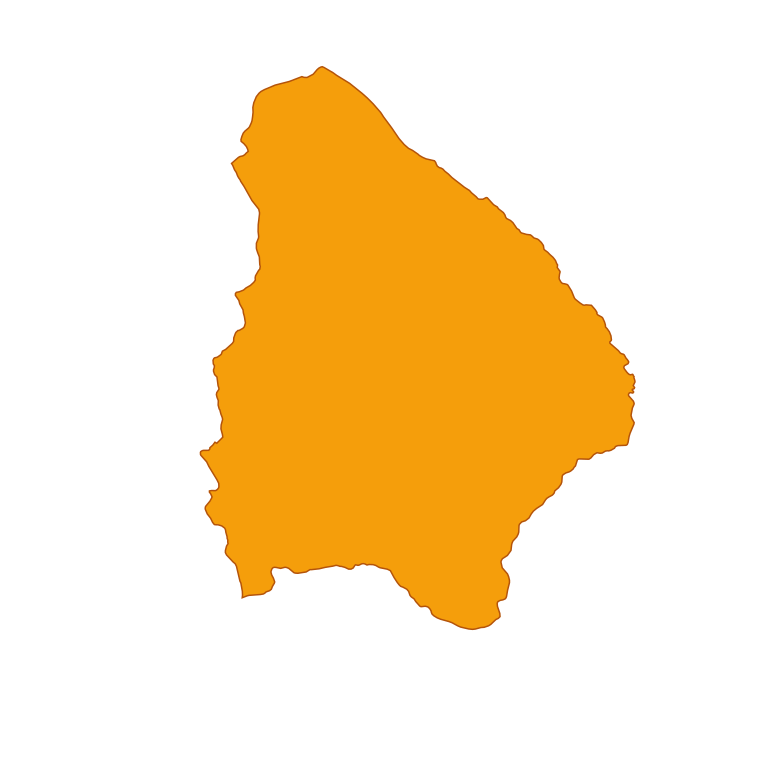 Ospina, Nariño, Colombia (Natural Earth projection), rotated 117°
{"feature_id": "7082276B72595090323112", "entity_name": "Ospina", "entity_type": "district", "adm_level": 2, "iso_a3": "COL", "parent_name": "Colombia", "parent_adm1": "Nariño", "projection": "natural_earth1", "projection_center": [-77.546, 1.029], "detail": "fine", "context": "isolated", "style": "filled", "palette": "amber", "viewbox_px": 768, "rotation_deg": 117, "n_neighbors": 0, "source": "geoboundaries", "source_scale": "gbopen_adm2", "svg_char_len": 6171}
<svg xmlns="http://www.w3.org/2000/svg" viewBox="0 0 768 768"><g transform="rotate(117 384 384)"><path d="M638.8,413.3L634.8,409.7L633.6,408.3L627.7,398.6L625.9,396.2L624.6,395.3L622.7,394.6L620.1,392.1L618.0,391.2L615.1,391.5L611.3,391.3L610.0,391.5L607.2,394.4L605.1,397.4L602.7,399.5L599.8,399.9L598.9,399.8L597.8,399.3L597.0,398.3L596.4,396.8L595.2,392.4L592.2,389.0L591.7,387.4L591.5,385.2L593.0,378.6L592.8,377.3L591.8,374.9L586.8,368.0L583.0,365.7L582.5,364.6L578.1,357.9L574.1,353.2L569.5,346.9L567.3,344.4L566.7,342.4L566.5,340.6L565.8,339.0L565.1,335.4L565.0,331.5L563.9,329.3L561.9,327.9L558.8,327.6L558.0,327.2L557.4,324.9L556.5,323.8L554.3,322.2L553.4,320.8L553.0,319.3L553.0,317.0L551.6,315.4L549.9,311.7L549.4,308.9L549.6,305.8L549.5,304.1L547.5,297.0L547.4,293.6L551.9,287.1L554.8,282.1L556.1,279.3L556.7,277.3L556.4,274.7L556.5,270.5L557.6,267.9L560.5,264.9L560.9,264.0L561.3,263.0L561.8,259.6L563.4,257.0L565.6,251.4L565.7,250.3L565.3,249.4L563.3,246.4L562.7,243.9L563.3,241.5L564.6,239.3L566.2,237.9L567.2,236.7L567.9,234.4L568.2,230.5L567.9,226.8L566.2,218.4L565.8,215.0L566.0,208.6L565.8,205.4L563.8,197.3L562.4,193.7L560.8,191.3L557.0,187.1L555.3,184.3L551.9,181.0L549.7,179.7L543.1,177.4L541.0,175.8L538.6,175.0L535.8,176.7L530.6,182.0L528.2,183.5L527.3,183.7L526.2,183.7L524.0,182.2L522.4,180.1L520.5,178.5L519.1,178.2L517.6,178.4L511.5,180.3L504.1,182.0L501.9,183.1L499.2,185.4L497.2,187.7L494.1,195.2L489.5,199.0L488.2,199.3L485.9,199.2L480.7,196.2L474.6,195.3L469.3,197.3L467.5,197.7L465.3,197.8L460.0,196.3L456.8,196.3L454.8,196.7L448.7,199.5L447.3,199.6L444.4,198.7L441.6,195.9L437.6,194.0L432.9,193.8L429.5,193.2L425.5,191.5L419.4,188.0L413.9,187.5L411.9,187.0L409.6,185.7L406.8,183.7L405.5,183.2L404.0,182.9L401.6,183.3L397.2,181.4L392.8,180.8L390.6,181.1L385.1,183.4L383.6,183.3L380.7,181.6L378.2,179.1L376.7,178.1L373.9,176.9L371.9,176.8L370.1,176.2L363.6,177.3L362.8,176.8L362.1,176.0L358.0,167.3L356.0,166.1L351.8,165.1L348.6,163.1L347.5,159.8L346.4,158.2L343.2,156.2L341.9,154.3L341.6,153.4L340.0,151.7L336.6,149.5L334.8,149.4L333.8,148.7L332.7,147.6L328.7,140.5L327.5,139.8L325.3,140.0L319.5,141.8L316.2,142.4L306.4,143.1L304.8,143.6L302.1,147.6L299.7,149.7L292.5,151.8L288.7,152.0L287.6,152.4L286.1,154.0L283.4,160.7L282.6,161.3L282.0,161.5L280.5,161.3L279.8,160.5L279.1,158.2L278.0,157.9L277.4,158.3L276.9,159.8L276.4,160.2L275.9,160.3L275.3,159.5L274.5,159.0L273.4,159.1L272.3,161.2L268.2,161.3L266.8,162.3L264.8,164.3L263.8,164.6L263.4,165.7L262.7,166.3L262.5,166.9L264.0,168.7L264.1,170.4L263.4,172.6L261.4,176.7L260.5,177.8L259.3,178.1L258.4,178.0L255.1,175.8L253.5,175.9L252.9,176.3L251.7,178.5L251.2,179.9L249.0,183.2L248.8,184.2L249.2,186.2L249.1,187.6L247.9,190.2L245.2,201.1L244.1,201.9L242.1,201.3L241.4,201.4L238.0,203.7L235.2,206.9L233.4,210.3L232.7,212.4L230.7,213.7L228.6,215.7L225.9,219.1L225.5,220.3L225.4,224.8L224.7,226.3L223.6,226.7L222.0,229.3L219.7,234.9L221.7,239.8L223.0,241.5L223.2,242.9L222.8,246.4L221.8,251.1L221.4,252.6L220.7,253.7L216.0,259.1L212.4,265.0L212.2,266.1L212.7,268.5L213.4,270.7L212.9,272.5L211.1,275.3L209.9,276.2L206.7,277.4L204.2,278.0L203.7,278.4L201.6,282.5L199.1,283.4L198.3,284.8L196.1,287.3L194.4,290.9L193.3,295.1L192.3,297.9L191.6,302.0L191.1,302.8L188.2,304.9L186.5,308.0L185.3,311.8L185.2,313.2L185.8,316.6L184.8,320.1L184.7,321.4L186.0,324.9L187.0,330.1L186.8,331.2L185.3,333.7L185.1,336.2L181.7,342.4L180.9,345.5L180.9,349.8L180.3,351.1L178.4,353.1L177.1,355.4L175.9,361.6L174.8,363.4L174.6,367.1L174.2,368.6L171.2,376.5L171.5,377.6L174.5,379.8L176.2,383.3L176.3,384.4L175.3,386.9L173.9,392.9L172.8,395.6L172.2,401.7L169.2,417.2L167.7,421.9L166.8,426.4L165.8,429.0L165.7,431.1L166.1,433.0L165.7,435.4L163.9,437.8L163.1,438.5L162.2,440.4L164.3,448.7L164.5,452.4L164.3,456.3L163.8,458.0L162.9,464.6L162.9,469.1L161.5,474.7L158.5,482.1L152.3,493.4L146.3,505.5L143.6,510.2L139.3,520.9L136.7,528.9L135.0,535.4L131.7,551.2L130.5,566.3L129.8,570.6L129.2,580.9L129.3,583.0L130.2,584.1L132.0,585.4L134.2,586.3L140.1,587.7L145.8,591.7L147.1,594.5L147.4,596.7L157.5,605.8L167.1,616.7L176.0,624.2L179.2,626.4L181.7,627.4L185.9,628.2L192.5,627.7L197.1,626.4L201.4,624.0L205.6,622.4L209.1,621.2L211.4,620.8L216.0,620.6L217.7,621.0L221.7,622.7L224.4,623.3L228.1,623.0L231.2,622.4L232.7,621.4L233.4,618.1L234.9,614.4L236.7,612.1L238.4,610.6L240.8,611.6L243.0,612.2L244.9,613.4L246.7,615.6L248.2,616.6L256.7,620.0L257.9,618.0L261.0,614.4L262.6,611.6L264.9,609.1L266.3,607.1L267.4,604.9L268.4,603.8L271.5,598.4L280.5,584.9L285.1,575.0L287.7,572.8L289.1,572.1L299.1,568.4L305.3,565.4L309.4,562.7L310.9,562.1L316.5,561.6L320.5,559.6L321.5,559.0L324.3,556.2L327.3,552.8L334.0,548.9L335.5,547.6L338.2,546.8L339.6,547.3L345.9,547.6L347.9,547.0L349.9,545.8L352.5,546.2L356.8,547.8L361.1,550.6L364.1,551.8L367.5,554.8L369.4,557.2L371.0,557.4L372.5,556.6L375.4,551.3L378.1,548.9L381.9,543.3L384.6,541.5L387.2,539.1L392.5,535.2L396.2,534.5L397.4,534.6L398.9,535.3L402.0,537.4L402.6,538.4L405.0,539.3L406.2,539.4L411.1,538.8L414.4,537.3L416.7,537.6L425.1,540.8L428.1,542.9L431.4,542.5L432.6,543.0L435.8,544.7L437.6,546.8L438.5,547.2L440.5,547.1L443.6,545.2L444.7,543.4L446.8,542.6L448.6,542.4L450.0,541.7L452.5,539.2L453.6,536.0L460.8,531.1L462.6,529.3L463.7,528.7L467.6,529.1L469.6,528.5L471.8,526.6L474.0,524.1L478.1,522.2L481.1,519.5L481.5,518.6L484.9,515.6L487.0,513.2L488.4,512.0L489.2,511.6L494.4,510.5L498.0,508.9L502.5,504.9L504.6,503.5L512.7,506.1L512.6,508.2L516.2,508.8L519.8,510.2L521.0,509.7L522.7,510.1L525.1,514.7L525.9,515.7L527.5,516.6L528.3,516.5L530.1,515.5L530.7,514.7L533.9,506.6L536.9,502.7L545.2,489.3L547.6,486.1L550.2,484.6L551.5,484.2L553.3,484.5L554.7,485.1L555.6,485.9L557.1,489.1L558.5,491.0L559.6,490.5L560.6,488.5L562.6,486.0L563.8,485.8L567.3,485.9L574.1,487.4L575.7,487.0L576.8,486.3L580.0,482.5L582.3,477.6L585.1,473.9L586.2,471.5L586.1,470.7L584.8,467.9L584.1,464.2L584.7,460.6L585.8,459.1L587.9,457.6L591.4,454.4L592.6,453.8L594.0,452.3L595.9,451.4L596.9,450.5L600.0,450.7L604.4,449.7L606.2,448.8L607.8,446.7L611.1,437.6L611.7,435.0L613.4,432.7L625.0,422.9L626.3,421.2L633.0,416.1L636.4,414.2L638.8,413.3Z" fill="#f59e0b" stroke="#b45309" stroke-width="1.5"/></g></svg>